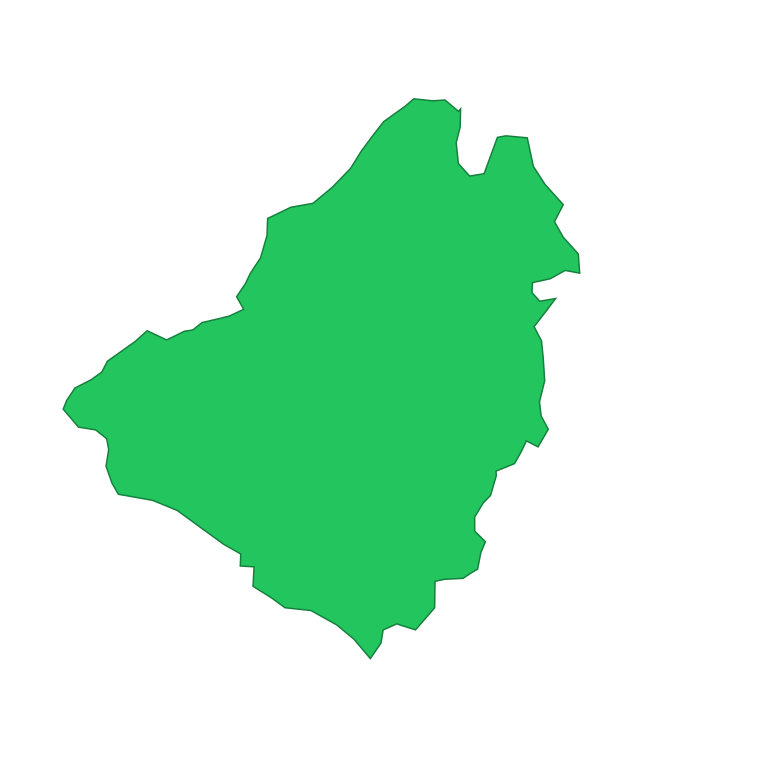 outline of Tala, Paphos, Cyprus, rotated 318°
{"feature_id": "46923920B20038687407930", "entity_name": "Tala", "entity_type": "district", "adm_level": 2, "iso_a3": "CYP", "parent_name": "Cyprus", "parent_adm1": "Paphos", "projection": "albers", "projection_center": [32.433, 34.838], "detail": "fine", "context": "isolated", "style": "filled", "palette": "green", "viewbox_px": 768, "rotation_deg": 318, "n_neighbors": 0, "source": "geoboundaries", "source_scale": "gbopen_adm2", "svg_char_len": 1515}
<svg xmlns="http://www.w3.org/2000/svg" viewBox="0 0 768 768"><g transform="rotate(318 384 384)"><path d="M190.1,578.9L208.4,574.5L218.8,566.2L233.2,570.9L235.0,574.5L242.9,587.8L271.9,584.2L289.9,564.8L298.5,569.8L312.8,581.4L320.7,582.4L329.7,584.2L332.1,582.4L343.0,574.2L353.8,569.1L353.0,554.0L362.4,543.5L378.2,538.8L388.6,538.1L406.1,527.3L409.0,523.7L427.7,530.5L441.7,525.8L451.7,521.5L456.4,533.8L475.8,527.6L479.4,512.9L487.6,501.3L505.6,489.1L519.9,471.0L529.9,457.3L533.9,441.8L555.4,437.9L568.7,435.3L555.1,426.7L555.1,415.2L562.2,408.0L578.0,417.0L594.6,420.8L603.6,432.6L607.4,427.7L615.4,417.4L615.4,394.9L619.3,377.4L637.2,370.7L637.2,343.6L640.6,322.2L655.2,296.9L640.6,281.1L633.3,276.6L599.1,294.7L586.8,286.8L586.8,269.9L599.1,253.0L612.6,244.0L625.0,230.8L621.8,231.3L619.3,213.7L609.6,206.1L597.0,192.0L585.2,191.7L559.3,188.8L541.0,192.1L523.1,195.7L503.4,201.4L477.5,203.2L452.1,202.2L433.0,190.3L408.3,183.1L396.5,195.3L376.7,207.6L358.8,212.3L348.4,216.6L332.9,220.5L329.7,234.6L314.3,229.9L304.2,224.5L289.9,216.6L278.1,215.9L270.9,211.2L251.9,205.8L243.6,185.9L227.8,185.9L193.7,182.0L182.3,186.3L169.0,184.8L151.8,180.2L137.4,183.8L128.8,188.0L128.7,189.5L128.1,211.6L139.0,225.2L141.3,239.1L135.5,248.5L122.4,259.1L115.5,275.7L112.8,288.2L127.7,307.3L134.3,315.8L145.7,339.6L152.5,371.9L157.6,395.9L163.8,414.5L155.4,423.1L165.1,432.9L151.3,446.7L157.2,467.4L160.7,484.0L178.1,503.4L187.7,531.5L190.9,553.7L190.1,578.9Z" fill="#22c55e" stroke="#15803d" stroke-width="1.5"/></g></svg>